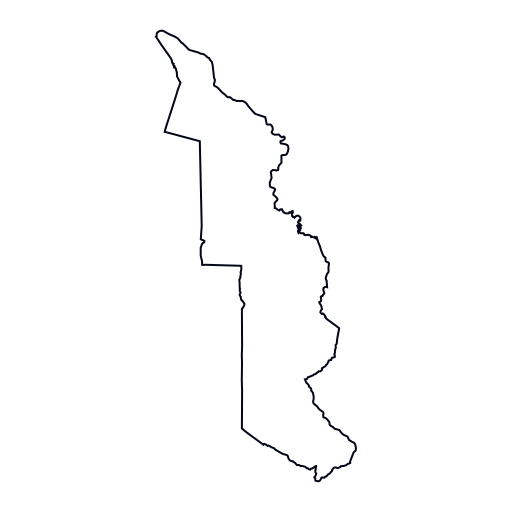 the district of Bakel, Tambacounda, Senegal
{"feature_id": "50182788B16013842146029", "entity_name": "Bakel", "entity_type": "district", "adm_level": 2, "iso_a3": "SEN", "parent_name": "Senegal", "parent_adm1": "Tambacounda", "projection": "mercator", "projection_center": [-12.18, 14.211], "detail": "fine", "context": "isolated", "style": "outline", "palette": "ink", "viewbox_px": 512, "rotation_deg": 0, "n_neighbors": 0, "source": "geoboundaries", "source_scale": "gbopen_adm2", "svg_char_len": 6056}
<svg xmlns="http://www.w3.org/2000/svg" viewBox="0 0 512 512"><path d="M350.2,462.9L350.0,462.5L350.2,461.2L353.6,452.5L355.7,450.4L355.9,449.1L355.8,446.9L355.2,444.6L354.3,442.9L352.1,441.9L349.1,440.0L347.7,437.0L347.0,436.3L343.6,434.8L342.7,434.1L341.8,433.3L339.3,430.0L334.7,428.8L333.0,427.1L330.1,425.4L329.5,424.2L329.5,422.9L329.2,421.9L327.1,419.3L325.6,418.0L323.4,417.3L323.2,415.3L323.5,413.2L323.0,411.9L320.1,410.0L317.9,407.7L317.3,406.5L314.1,404.0L313.3,402.9L313.1,401.5L313.6,399.2L313.7,396.8L312.9,392.6L311.3,390.8L311.2,389.0L310.9,388.3L309.0,386.7L308.9,385.5L308.0,384.3L306.2,382.5L305.0,379.3L306.2,379.2L306.9,379.0L307.9,377.2L308.7,377.2L309.1,376.8L310.1,376.6L310.6,376.2L311.1,376.2L312.1,375.6L313.1,375.4L313.9,374.4L315.5,374.0L317.4,372.4L318.2,372.1L318.6,371.3L320.3,371.3L321.7,370.3L322.1,369.5L321.9,368.3L325.5,366.1L326.1,364.9L327.0,364.3L328.4,361.8L328.5,360.9L328.8,360.5L331.2,359.9L331.4,359.6L331.4,358.7L332.1,357.7L334.3,357.3L334.9,356.8L334.9,356.0L334.3,354.1L334.9,353.0L335.1,349.7L335.8,347.8L335.6,345.1L336.7,343.7L337.3,338.2L339.2,328.2L327.8,319.8L326.6,318.7L325.9,318.3L325.4,317.6L325.7,317.1L325.0,316.6L325.0,315.7L324.4,314.9L322.8,313.5L322.0,314.0L321.6,313.7L320.7,313.0L320.4,312.3L320.6,311.2L321.4,309.7L321.9,309.3L321.9,308.5L321.4,306.4L320.7,304.7L319.7,303.5L319.2,302.2L321.1,301.1L321.2,299.5L320.8,296.7L321.0,296.4L322.5,296.0L322.9,294.9L323.3,294.7L324.3,293.2L323.4,290.3L323.4,288.6L323.7,287.9L324.6,287.2L325.8,286.8L327.1,287.2L326.6,280.5L326.1,279.8L325.7,278.3L326.7,274.7L327.6,273.1L328.4,272.3L328.6,270.2L328.4,268.3L329.0,263.3L328.6,262.5L327.2,262.1L325.6,261.1L325.5,257.7L325.3,257.4L324.7,257.3L323.2,255.6L321.0,250.0L320.0,246.5L318.4,242.6L317.0,238.1L316.8,238.4L316.5,237.5L315.6,238.4L314.9,237.9L315.4,237.7L315.0,237.5L315.1,237.3L315.4,237.4L315.5,237.2L314.7,236.8L313.3,237.3L312.7,237.2L312.3,236.8L311.9,237.1L311.2,237.1L311.2,236.3L309.6,235.2L309.1,235.2L308.3,234.7L306.4,235.1L304.5,235.0L303.9,233.7L303.5,233.7L303.2,233.2L300.9,233.3L300.2,232.8L299.8,232.3L298.9,232.5L298.5,232.9L298.3,232.3L298.8,232.0L298.9,231.7L298.2,231.8L297.9,231.1L298.0,230.9L298.5,231.1L299.5,230.9L299.5,230.6L300.2,230.1L300.3,229.6L299.8,228.9L300.3,228.9L300.8,228.1L299.9,227.7L299.1,227.9L298.9,227.5L298.3,227.8L298.2,228.3L297.8,227.4L298.0,226.9L297.2,225.8L297.5,225.6L298.0,225.8L297.9,225.2L298.4,224.9L298.6,225.4L298.3,226.4L298.7,226.6L298.8,225.9L299.6,226.1L299.5,225.8L299.2,225.6L299.3,225.2L300.3,225.5L300.3,225.8L299.9,225.8L299.9,226.5L301.2,225.5L300.8,225.0L300.2,224.9L299.9,223.8L298.6,223.3L298.0,222.3L298.1,221.9L298.5,221.6L298.6,221.1L299.0,220.8L299.1,220.4L299.8,220.7L300.3,220.6L300.2,219.8L299.9,219.6L300.5,218.7L300.3,217.4L299.0,216.1L298.1,215.6L296.9,215.8L295.9,216.3L294.5,217.7L293.9,216.9L293.2,216.6L292.8,216.8L292.1,215.9L291.9,214.2L292.8,212.5L292.6,210.9L292.2,211.0L291.7,211.5L292.1,212.4L291.3,212.9L289.8,212.2L289.3,212.3L289.1,213.1L288.5,213.4L285.4,213.3L283.4,212.3L283.4,211.6L282.4,210.5L281.9,209.3L281.2,209.6L280.7,209.3L280.1,209.5L279.4,210.5L279.0,210.4L278.5,209.9L277.5,209.6L275.9,208.3L274.7,208.0L274.8,205.9L274.5,203.4L275.1,202.3L277.2,200.2L277.5,199.2L277.1,198.3L275.6,196.6L273.5,194.9L273.3,194.4L273.5,193.0L275.2,189.7L275.1,189.3L274.4,188.4L270.5,187.0L269.8,185.7L269.8,182.5L271.6,177.9L270.8,172.2L271.5,171.0L272.9,170.0L275.3,170.2L276.4,170.5L278.1,170.0L278.3,169.4L278.2,167.5L279.0,165.5L281.5,162.6L281.4,155.7L282.1,155.1L284.9,155.0L286.0,154.7L287.0,153.7L287.9,151.4L288.4,149.0L288.3,147.1L287.9,145.8L287.0,144.9L285.0,144.1L280.9,143.4L280.5,142.6L280.4,141.6L280.6,141.1L282.8,140.4L284.1,139.5L284.7,138.7L284.7,137.3L283.7,136.5L282.2,137.2L281.7,137.2L280.7,136.5L278.9,134.6L274.5,134.7L272.5,133.7L271.6,132.3L272.7,129.9L272.7,128.2L272.2,126.4L270.8,124.7L270.0,124.5L267.6,124.6L266.7,124.1L265.3,117.2L255.5,114.0L253.8,112.5L248.5,106.4L246.8,103.9L245.2,102.3L243.4,101.3L241.9,100.9L239.4,101.1L238.1,100.9L236.9,101.0L234.3,100.0L233.2,99.9L230.6,97.6L229.6,97.1L228.1,97.3L227.4,97.0L224.6,94.3L222.4,92.7L218.2,88.2L216.9,87.1L214.2,85.6L213.9,84.1L214.6,82.1L214.9,79.9L214.0,77.4L212.6,64.9L211.8,61.8L210.1,60.1L209.1,58.1L207.2,57.2L206.2,56.0L203.5,54.1L200.4,53.6L198.7,52.6L189.2,49.9L182.7,43.4L181.2,42.5L177.9,38.5L174.6,36.5L169.6,34.4L163.2,30.9L162.3,30.7L160.6,30.8L158.8,31.4L157.1,32.8L156.6,34.7L156.6,36.2L156.4,36.7L156.1,36.8L161.5,45.1L171.1,58.6L172.0,61.1L172.1,62.7L173.7,63.9L173.4,64.6L173.2,64.5L173.3,65.2L174.6,66.2L174.0,66.9L174.0,67.4L175.5,68.0L175.8,68.5L176.9,72.8L176.8,73.5L177.1,75.2L176.9,76.1L179.4,81.0L180.5,82.6L177.8,89.8L175.7,96.9L165.5,128.6L164.7,131.8L199.8,141.2L201.7,225.9L200.8,239.3L204.3,240.8L204.3,242.2L202.2,243.6L200.7,247.8L200.7,255.6L202.0,261.2L202.2,264.9L206.7,264.8L241.2,265.8L241.4,269.2L240.6,272.3L240.9,274.2L240.4,275.7L240.4,277.4L239.3,279.9L239.6,282.7L239.7,288.2L240.1,289.0L239.7,290.2L239.7,290.9L240.6,292.6L239.7,294.5L239.8,295.4L240.8,297.0L240.9,298.6L241.2,299.7L243.2,301.8L244.4,303.8L244.4,304.8L243.1,307.5L241.9,308.8L242.1,347.6L241.8,355.0L242.0,362.5L241.8,380.7L242.1,391.7L241.9,428.5L246.5,432.3L263.4,444.7L264.0,443.9L265.5,444.3L267.8,446.0L268.7,445.5L271.4,447.2L274.2,448.3L275.2,449.6L282.9,454.0L286.8,455.0L287.9,456.1L288.5,458.6L289.3,459.7L290.6,460.9L292.8,461.2L293.2,461.8L295.3,463.1L296.8,465.0L299.0,465.0L300.8,466.1L302.3,466.0L305.2,466.7L306.7,468.2L307.7,468.2L309.3,469.5L310.3,469.5L311.0,468.8L312.6,468.3L315.5,466.1L316.0,466.1L316.2,466.6L315.7,467.6L315.7,469.5L315.3,470.1L315.4,472.1L316.2,473.6L315.6,475.7L314.3,477.2L315.3,478.5L315.3,480.1L315.6,480.8L318.5,481.3L319.6,480.9L321.1,478.8L321.5,477.6L322.1,477.5L324.3,477.7L325.2,476.6L326.3,476.5L328.3,474.2L329.5,473.7L330.5,472.7L330.7,472.2L331.8,471.3L332.3,469.6L333.8,467.7L335.5,467.4L337.8,468.1L339.8,467.3L340.8,466.2L343.4,466.0L346.0,465.3L348.0,463.8L349.3,463.5L350.2,462.9Z" fill="none" stroke="#020617" stroke-width="2"/></svg>